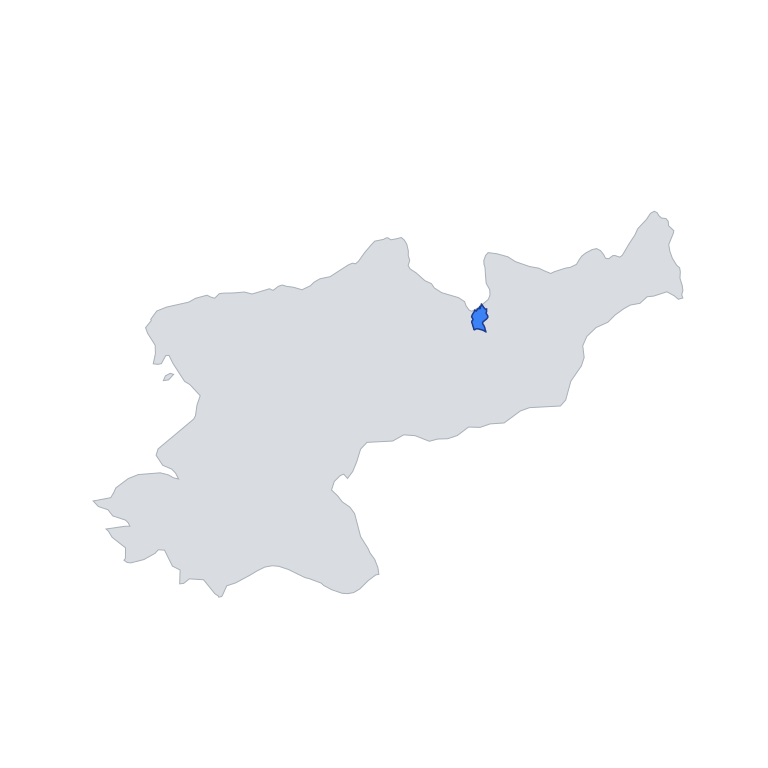 Hyesan City, Ryanggang, North Korea (highlighted), rotated 23°
{"feature_id": "82179303B10222488142424", "entity_name": "Hyesan City", "entity_type": "district", "adm_level": 2, "iso_a3": "PRK", "parent_name": "North Korea", "parent_adm1": "Ryanggang", "projection": "orthographic", "projection_center": [128.237, 41.362], "detail": "fine", "context": "in_parent", "style": "filled", "palette": "blue", "viewbox_px": 768, "rotation_deg": 23, "n_neighbors": 0, "source": "geoboundaries", "source_scale": "gbopen_adm2", "svg_char_len": 4637}
<svg xmlns="http://www.w3.org/2000/svg" viewBox="0 0 768 768"><g transform="rotate(23 384 384)"><path d="M453.7,561.3L451.0,562.9L446.2,571.3L441.8,582.1L437.5,587.9L432.6,591.1L427.2,593.0L416.7,593.8L407.1,593.0L404.0,591.8L390.9,592.4L387.2,593.1L368.3,592.1L358.5,592.9L352.2,594.9L345.8,599.1L340.2,605.6L335.2,612.5L325.1,625.1L318.1,631.2L317.9,640.2L317.7,642.9L315.2,644.8L314.4,643.9L310.4,643.2L294.4,634.7L281.0,639.4L277.5,645.8L274.0,647.8L269.0,634.9L260.4,634.3L246.9,622.7L241.0,624.8L239.4,629.3L231.6,639.4L220.8,647.6L217.4,648.6L213.5,647.9L214.1,645.6L210.1,635.8L193.7,631.4L187.8,627.1L184.8,626.1L201.4,616.0L205.7,614.2L202.6,611.6L199.2,610.3L185.9,611.4L179.0,607.6L168.9,608.4L162.0,605.3L176.9,595.4L177.7,589.2L177.7,584.5L185.6,570.9L193.2,563.4L212.7,553.2L221.0,551.9L227.0,552.6L232.0,551.7L226.9,547.4L221.9,545.3L212.1,545.3L202.1,538.7L201.4,532.0L222.5,490.7L222.9,486.9L220.1,476.6L219.4,466.6L205.6,460.4L199.4,459.5L181.8,447.6L174.9,441.7L172.0,443.2L171.1,452.2L168.5,454.1L163.7,455.6L161.7,445.3L158.2,437.7L146.6,429.7L142.5,425.3L145.0,416.4L144.0,415.6L146.3,405.6L153.9,398.1L172.2,385.0L177.1,378.7L186.4,371.4L190.4,371.7L194.6,371.2L196.0,367.9L197.0,365.3L200.7,363.1L209.5,359.2L219.5,353.9L227.4,352.7L237.2,344.6L241.3,341.1L245.2,341.2L246.3,339.5L248.6,335.3L251.8,332.6L256.0,332.2L263.0,330.3L271.7,329.3L277.8,322.4L279.9,317.5L284.0,312.1L292.4,306.3L298.3,297.6L304.8,288.1L307.8,285.1L310.8,284.5L312.6,280.9L314.8,270.7L317.9,260.8L319.7,256.1L327.0,251.1L328.9,248.7L330.5,247.9L333.9,248.6L338.4,245.7L342.7,242.4L346.5,243.6L350.4,246.5L354.4,252.0L356.2,256.4L359.4,260.2L359.9,265.5L363.1,267.9L370.0,269.1L381.2,272.9L388.5,273.1L392.7,275.9L401.4,277.4L418.8,275.4L426.0,276.7L429.0,280.0L433.4,282.7L436.3,282.8L440.1,278.3L444.2,270.9L447.0,265.2L446.8,260.7L444.5,255.9L438.7,251.4L435.0,244.4L431.4,237.2L429.3,234.8L427.6,231.3L427.3,226.0L428.5,222.4L437.1,220.0L448.2,218.5L457.1,220.0L472.1,219.0L481.2,216.9L488.0,217.2L494.3,217.1L497.0,214.0L505.7,206.5L509.9,203.8L514.4,198.7L515.1,193.5L516.0,189.2L518.5,184.6L523.0,179.0L526.8,176.3L531.1,176.6L535.7,179.1L538.7,181.7L541.9,180.9L544.5,176.4L546.3,175.5L551.5,175.1L553.1,172.3L554.8,159.3L556.7,149.0L556.9,141.9L561.3,129.9L562.6,122.8L565.3,119.4L568.5,119.6L571.2,121.6L574.5,122.8L578.9,121.5L582.1,123.3L584.1,127.1L590.8,129.6L591.4,131.5L591.6,144.4L595.4,150.3L600.3,155.6L607.1,160.4L610.7,161.5L612.9,164.9L615.1,171.0L620.0,176.8L622.6,181.1L623.2,185.6L625.5,188.1L621.8,191.0L616.7,189.4L608.4,188.6L597.9,197.7L592.1,200.9L588.1,209.7L579.9,215.1L575.5,220.7L569.7,230.3L566.0,239.6L557.2,249.1L552.1,261.0L552.0,271.2L557.9,281.4L558.6,290.3L554.9,308.5L557.5,327.7L555.0,335.3L527.2,348.9L520.0,355.6L509.8,372.9L497.2,379.3L489.4,386.4L478.6,390.6L471.7,402.7L464.0,409.5L454.9,413.7L448.1,419.0L432.8,419.4L422.0,423.1L414.3,433.1L391.1,444.4L387.9,453.1L389.3,466.5L389.4,476.7L387.3,485.2L382.2,482.7L379.4,485.5L376.3,493.2L377.1,502.1L385.1,505.1L391.6,508.8L400.8,510.7L407.6,514.8L422.1,533.6L433.9,541.9L437.0,544.9L443.9,549.0L450.2,555.5L453.7,561.3ZM184.1,464.4L179.6,467.1L179.6,461.9L183.1,457.7L186.6,457.3L184.1,464.4Z" fill="#d9dde1" stroke="#a8b0b8" stroke-width="1"/><path d="M449.1,274.9L448.4,275.5L447.2,275.2L445.7,274.4L442.5,272.3L442.4,272.4L442.4,272.5L442.5,272.5L442.8,272.7L442.9,272.8L443.0,272.8L443.0,273.0L443.0,273.3L443.0,273.5L443.0,273.8L443.0,274.0L442.9,274.2L442.8,274.3L442.7,274.3L442.5,274.5L442.6,274.8L442.6,275.0L442.4,275.2L442.4,275.3L442.3,275.5L442.2,275.5L442.3,275.7L442.3,275.8L442.2,276.0L442.3,276.2L442.5,276.2L442.6,276.3L442.8,276.2L443.0,276.3L443.1,276.5L443.1,276.8L442.9,277.0L442.7,277.2L442.4,277.2L442.2,277.2L441.9,277.1L441.7,277.2L441.7,277.3L441.5,277.5L441.4,277.6L441.2,277.8L441.1,278.0L441.1,278.3L441.0,278.5L440.9,278.7L440.8,278.8L440.7,278.8L440.6,279.0L440.6,279.3L440.6,279.5L440.6,279.8L440.6,280.0L440.5,280.3L440.5,280.5L440.4,280.5L440.2,280.7L440.2,280.8L439.9,280.8L439.8,280.7L439.7,280.7L439.4,280.5L439.2,280.5L438.9,280.6L438.7,280.6L438.7,281.5L438.7,282.8L438.4,284.5L438.2,286.1L438.4,288.0L439.4,288.6L440.3,289.4L440.8,290.2L440.3,291.6L440.6,292.9L442.0,294.3L443.0,295.7L443.7,296.5L444.5,297.3L445.4,298.7L446.2,298.7L447.2,297.3L448.9,296.5L451.2,296.2L453.1,295.9L454.9,295.9L457.3,296.2L457.1,295.6L456.1,294.8L455.6,294.0L455.1,293.2L454.4,292.4L453.7,291.8L452.9,291.0L452.0,290.5L451.0,289.6L450.7,288.6L451.5,286.9L452.2,285.5L453.0,284.2L453.5,282.0L453.0,280.9L451.6,279.8L450.3,279.0L450.1,277.1L449.1,274.9Z" fill="#3b82f6" stroke="#1e3a8a" stroke-width="1.5"/></g></svg>